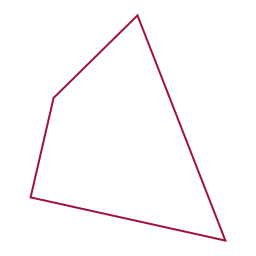 SVG path tracing the border of Yaren
{"feature_id": "NRU-4983", "entity_name": "Yaren", "entity_type": "state/province", "adm_level": 1, "iso_a3": "NRU", "parent_name": "Nauru", "parent_adm1": "", "projection": "natural_earth1", "projection_center": [166.924, -0.543], "detail": "fine", "context": "isolated", "style": "outline", "palette": "rose", "viewbox_px": 256, "rotation_deg": 0, "n_neighbors": 0, "source": "natural_earth", "source_scale": "10m", "svg_char_len": 193}
<svg xmlns="http://www.w3.org/2000/svg" viewBox="0 0 256 256"><path d="M225.4,240.6L30.6,197.4L53.6,97.9L75.4,76.5L137.5,15.4L225.4,240.6Z" fill="none" stroke="#9f1239" stroke-width="2"/></svg>